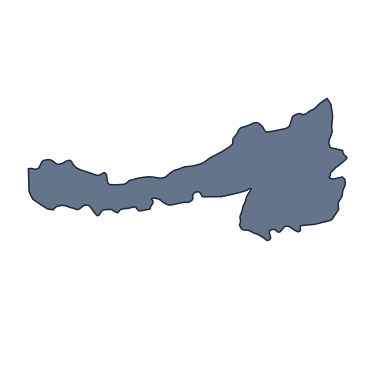 outline of Ayutla, San Marcos, Guatemala, rotated 77°
{"feature_id": "79465075B23985435861738", "entity_name": "Ayutla", "entity_type": "district", "adm_level": 2, "iso_a3": "GTM", "parent_name": "Guatemala", "parent_adm1": "San Marcos", "projection": "equal_earth", "projection_center": [-92.138, 14.706], "detail": "fine", "context": "isolated", "style": "filled", "palette": "slate", "viewbox_px": 384, "rotation_deg": 77, "n_neighbors": 0, "source": "geoboundaries", "source_scale": "gbopen_adm2", "svg_char_len": 5006}
<svg xmlns="http://www.w3.org/2000/svg" viewBox="0 0 384 384"><g transform="rotate(77 192 192)"><path d="M250.8,63.4L249.8,61.3L242.1,53.1L235.2,52.0L231.9,48.6L229.6,46.6L224.1,44.5L219.3,40.9L213.9,40.3L211.2,42.1L211.1,51.8L209.0,55.0L208.3,55.0L206.9,53.5L205.6,53.2L204.1,52.2L201.4,47.7L200.0,45.9L200.0,44.6L199.0,43.5L198.5,41.5L195.1,35.2L194.1,33.7L192.8,33.4L190.2,35.3L187.4,36.2L185.4,35.9L179.9,47.2L175.4,47.8L172.7,46.9L165.0,41.8L159.5,41.2L150.1,38.0L138.2,36.9L134.0,38.2L131.2,39.5L131.6,40.7L132.2,42.0L134.1,46.9L135.5,49.2L136.5,50.9L137.3,52.2L137.9,53.3L138.5,54.3L138.7,55.1L138.9,56.1L139.0,57.0L139.3,58.1L139.6,59.0L139.8,59.7L141.1,62.4L141.5,63.4L141.6,64.4L141.6,65.3L141.6,66.0L141.1,67.3L140.3,68.3L139.9,69.0L139.6,70.0L139.8,72.7L139.9,73.8L140.1,74.6L140.6,75.9L141.0,76.6L141.7,77.5L145.6,79.7L147.4,80.7L148.7,81.5L149.8,82.4L150.5,83.9L150.9,85.0L151.2,86.2L151.2,88.1L151.0,95.4L150.7,102.3L150.6,103.4L150.5,104.7L150.3,105.7L150.0,106.4L149.1,107.2L148.4,107.4L146.9,107.8L144.1,108.6L143.4,109.0L142.1,109.9L139.9,111.7L139.2,112.8L138.8,113.8L138.7,114.6L138.7,115.4L138.7,116.6L138.9,118.0L139.2,119.3L139.6,121.1L139.8,122.3L140.2,126.8L140.3,128.3L140.3,129.3L140.5,130.0L140.9,131.0L141.3,131.5L141.9,132.2L142.3,132.8L143.3,133.6L144.1,134.1L144.7,134.4L145.8,135.7L148.7,139.3L149.5,140.1L150.8,140.7L151.5,140.8L152.2,140.9L153.3,141.2L154.0,141.6L154.6,142.1L155.1,142.8L155.8,144.0L156.5,145.4L159.6,154.3L160.2,156.6L162.0,163.8L162.6,165.7L163.0,167.1L163.5,168.4L164.6,170.7L166.0,174.4L166.3,176.2L166.5,177.2L166.7,179.1L166.7,180.5L166.8,181.9L166.8,184.6L166.7,186.4L166.6,187.8L166.2,189.8L166.0,191.6L165.9,193.9L166.0,195.0L166.1,196.4L166.6,199.3L166.8,201.8L166.9,203.6L167.0,204.7L167.4,205.9L167.9,207.2L168.3,208.1L168.8,209.4L170.1,211.9L171.1,213.6L171.4,214.6L171.7,216.4L171.7,217.5L171.6,218.7L171.3,219.9L170.9,221.2L168.8,226.3L167.9,229.0L167.3,231.5L166.9,234.4L166.6,238.4L166.4,241.7L166.6,247.0L166.6,249.1L166.7,250.2L167.3,251.6L168.4,253.6L168.8,254.5L169.0,255.2L169.1,256.0L169.0,257.4L168.7,259.5L168.3,261.5L168.0,264.3L166.8,268.3L166.6,269.6L166.2,270.5L165.2,271.4L164.6,271.7L163.8,271.9L163.1,272.0L161.0,272.0L160.0,271.9L158.7,271.7L157.2,271.5L156.1,271.5L154.9,271.8L154.2,272.2L153.5,273.1L153.4,273.9L153.7,275.1L154.1,275.9L154.4,276.6L154.5,277.7L154.6,278.7L154.6,279.8L154.4,280.7L154.1,281.7L153.6,282.3L150.2,287.5L147.8,291.6L144.9,296.2L143.6,297.8L142.2,299.3L141.5,300.0L140.5,300.6L138.7,301.4L137.5,301.9L136.5,302.2L135.4,302.5L134.7,302.8L134.1,303.2L133.5,304.4L133.5,305.8L133.6,307.0L133.7,307.9L134.3,309.4L134.6,310.3L134.9,311.4L134.9,312.2L135.0,315.1L134.8,316.3L134.3,317.5L132.1,319.4L130.4,320.8L129.7,321.4L128.8,322.9L128.2,324.3L128.0,325.5L127.8,329.1L128.0,330.0L128.4,331.1L131.9,334.0L133.2,335.1L134.1,336.0L134.5,336.9L134.6,338.1L134.6,339.5L134.2,340.7L133.6,341.7L133.1,342.6L132.8,343.7L132.6,344.9L132.5,346.2L136.2,346.9L154.3,350.6L156.7,350.2L157.5,350.3L163.4,348.6L170.7,341.8L176.0,336.6L177.6,332.6L177.8,331.8L177.8,331.3L177.8,331.1L178.1,331.3L178.2,331.1L177.5,330.8L175.6,327.0L175.8,321.5L177.5,317.2L178.2,316.2L179.3,315.1L179.5,314.3L181.3,311.1L183.0,308.5L183.4,307.6L183.4,306.3L182.9,304.7L182.1,303.2L181.2,301.4L180.9,300.1L181.0,297.7L181.6,296.1L182.7,295.0L183.9,294.3L187.5,292.8L191.1,291.3L192.9,290.3L193.9,289.4L193.6,287.8L190.3,284.2L189.8,283.2L189.6,282.2L189.8,279.9L190.3,277.1L190.6,276.0L191.0,274.6L191.5,273.8L194.4,271.0L195.5,269.3L195.3,268.6L194.8,267.9L193.2,265.9L192.9,265.2L192.9,263.4L193.3,260.4L193.6,257.0L193.5,252.1L193.7,251.1L194.3,250.3L197.4,248.8L198.5,247.7L198.8,246.4L198.9,244.8L199.0,242.6L199.0,239.2L199.3,237.4L198.7,236.4L198.0,236.2L197.1,235.6L196.2,234.8L195.2,233.8L194.3,232.9L193.6,232.4L192.5,232.2L191.7,232.1L191.0,232.5L189.8,233.1L189.3,232.5L189.2,231.2L190.4,227.8L191.2,226.4L192.3,225.0L193.6,223.9L195.6,222.4L197.7,220.1L198.8,218.6L199.9,216.4L200.2,202.0L200.8,200.1L201.2,197.8L201.1,196.4L200.7,195.4L199.8,193.6L198.7,192.6L197.0,192.2L195.1,192.1L194.0,190.8L193.2,189.1L193.0,187.4L193.2,185.8L193.6,185.1L194.5,184.4L195.8,183.8L197.2,183.6L198.5,183.1L199.1,182.4L199.4,181.5L203.1,164.5L203.3,151.9L203.2,145.6L202.8,139.3L201.7,134.4L202.0,133.6L202.7,133.8L203.4,134.4L208.5,139.7L213.7,142.5L217.6,145.6L222.0,147.7L226.7,150.8L232.0,151.4L235.0,153.2L238.5,152.4L239.9,151.3L240.5,150.4L241.1,148.9L241.3,147.8L241.7,146.5L242.4,145.1L245.2,141.8L247.9,137.9L251.4,133.8L253.7,131.8L255.9,130.1L256.1,129.4L256.2,128.3L255.7,127.0L255.1,126.2L254.2,125.6L249.1,125.8L247.5,125.4L247.0,124.4L246.6,121.9L247.2,119.7L248.4,118.7L250.0,117.7L250.4,117.2L250.7,116.3L250.6,115.2L250.1,114.3L249.6,113.7L246.5,109.5L246.5,107.8L246.7,106.9L246.9,106.1L247.5,105.3L248.0,104.6L250.1,102.6L252.4,100.5L253.6,99.1L254.4,98.2L254.6,97.3L254.3,95.5L253.3,94.8L250.4,94.6L249.7,94.1L249.3,93.2L251.1,79.7L250.8,63.4Z" fill="#64748b" stroke="#1e293b" stroke-width="1.5"/></g></svg>